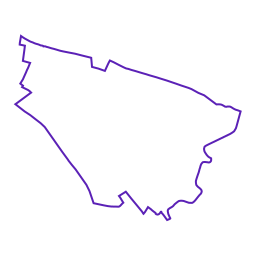 Ben Tre, Bến Tre, Vietnam (Mercator projection)
{"feature_id": "81297802B1495670326955", "entity_name": "Ben Tre", "entity_type": "district", "adm_level": 2, "iso_a3": "VNM", "parent_name": "Vietnam", "parent_adm1": "Bến Tre", "projection": "mercator", "projection_center": [106.381, 10.237], "detail": "fine", "context": "isolated", "style": "outline", "palette": "violet", "viewbox_px": 256, "rotation_deg": 0, "n_neighbors": 0, "source": "geoboundaries", "source_scale": "gbopen_adm2", "svg_char_len": 3229}
<svg xmlns="http://www.w3.org/2000/svg" viewBox="0 0 256 256"><path d="M240.6,111.4L238.0,110.4L235.7,109.7L234.4,109.1L233.0,108.3L231.3,107.2L230.0,106.6L228.8,106.5L227.7,106.5L226.8,106.7L226.3,106.8L225.6,106.7L225.3,106.7L225.0,106.6L224.2,106.1L222.8,105.3L221.8,104.8L221.5,104.7L220.9,104.5L218.9,104.3L216.4,104.4L208.1,98.2L204.2,95.3L198.4,92.9L191.5,89.1L188.5,87.9L181.5,85.6L176.4,83.8L167.0,80.6L159.6,78.3L156.8,77.4L149.5,75.3L147.9,74.8L146.4,74.3L142.2,73.1L134.9,70.9L132.0,70.1L131.0,69.8L128.3,68.9L126.8,68.6L126.0,68.4L123.4,67.2L118.6,64.8L113.6,62.2L109.9,60.5L109.0,62.1L108.1,63.9L104.9,70.9L98.4,68.6L92.0,66.9L91.7,63.3L91.2,57.8L90.6,57.6L88.9,57.2L82.0,55.5L75.0,53.7L69.2,52.6L63.1,51.4L60.0,50.7L56.7,49.7L53.6,48.8L51.9,48.4L50.2,47.9L48.3,47.3L46.7,46.9L45.6,46.5L44.9,46.3L43.5,46.4L43.4,46.1L42.6,45.7L41.6,45.5L40.6,45.4L39.8,45.0L38.6,44.5L37.3,44.1L36.1,43.8L34.4,43.2L32.7,42.4L31.8,42.1L30.9,41.8L29.8,41.3L28.0,40.3L24.9,38.6L22.7,37.2L21.0,36.0L19.8,43.0L19.7,44.6L22.7,45.2L24.9,45.7L24.3,50.5L22.9,60.9L25.0,61.5L30.1,62.9L28.1,67.8L27.0,70.0L26.1,72.2L23.9,77.1L23.2,78.7L22.9,79.4L22.0,80.8L20.3,83.6L23.0,85.7L22.4,86.7L22.1,87.1L28.0,90.0L29.6,91.1L31.1,92.6L21.5,99.7L16.1,103.7L15.4,104.2L24.6,111.4L30.1,115.0L36.0,119.6L40.8,123.3L44.8,127.1L62.4,152.1L67.9,159.6L68.5,160.6L71.7,164.7L75.6,169.4L86.4,184.8L89.5,191.1L93.6,203.2L103.6,205.3L107.8,206.1L111.1,206.5L114.0,206.6L115.6,206.6L118.6,206.7L119.2,206.5L120.1,205.9L120.3,205.7L120.7,205.3L121.7,204.2L122.8,203.1L123.3,202.7L122.0,200.6L120.2,197.6L119.0,196.0L125.8,191.7L131.4,198.7L137.2,205.7L140.4,209.6L141.8,211.3L142.5,212.3L143.3,213.6L143.5,213.8L145.0,212.0L148.0,207.1L150.9,209.2L151.2,209.5L152.3,210.5L153.6,211.5L154.5,212.2L155.1,212.6L155.4,212.8L155.6,213.1L155.6,213.4L155.7,213.8L156.1,214.1L156.4,214.3L157.3,214.5L157.9,214.5L158.5,214.3L159.2,213.9L159.9,213.2L160.5,212.2L160.8,211.8L161.1,211.7L161.3,211.8L161.5,212.5L161.9,213.2L162.3,213.6L162.6,213.9L163.8,215.4L167.1,220.0L169.3,219.1L170.2,218.6L170.3,218.3L170.2,218.1L169.6,217.0L168.3,214.0L167.8,211.5L167.8,210.3L168.2,209.4L169.7,208.2L170.5,207.8L170.7,207.6L171.2,207.4L172.0,206.9L172.7,206.4L173.2,206.0L173.5,205.6L174.2,204.8L174.6,204.3L175.8,203.3L177.3,202.1L178.7,201.1L180.0,200.8L181.2,200.7L182.5,200.8L183.8,201.0L185.2,201.5L187.2,202.2L189.0,202.8L190.2,202.8L191.2,202.9L192.0,202.9L192.5,202.7L193.0,202.4L193.8,201.8L195.2,200.4L196.3,199.0L198.2,196.6L199.8,194.7L200.6,194.0L201.2,193.1L201.5,192.4L201.6,191.9L201.7,191.6L201.6,190.7L201.4,190.1L200.9,189.4L199.8,188.3L197.9,186.8L196.9,185.7L196.4,185.1L196.1,184.0L195.9,182.3L195.9,181.0L196.3,179.5L196.9,177.6L197.8,174.9L198.7,172.4L199.4,169.8L199.5,169.3L200.1,167.6L200.4,166.3L200.8,165.1L201.4,163.8L202.0,163.1L202.5,162.5L202.9,162.2L203.5,162.1L204.3,162.0L205.1,162.0L206.0,162.1L207.0,162.2L208.2,162.4L208.9,162.5L209.6,162.3L210.2,162.0L210.9,161.2L211.2,160.0L211.1,158.3L209.2,157.3L208.0,156.4L206.6,154.8L204.9,152.2L204.4,151.1L204.0,148.9L204.5,146.9L205.3,146.1L206.5,145.4L209.5,143.9L230.2,133.9L232.3,132.6L234.1,131.3L234.7,130.3L235.9,128.3L236.5,126.4L240.6,111.4Z" fill="none" stroke="#5b21b6" stroke-width="2"/></svg>